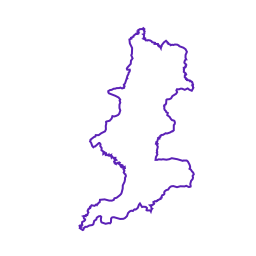 the district of Sucre, Santander, Colombia, rotated 246°
{"feature_id": "7082276B9079895199156", "entity_name": "Sucre", "entity_type": "district", "adm_level": 2, "iso_a3": "COL", "parent_name": "Colombia", "parent_adm1": "Santander", "projection": "robinson", "projection_center": [-73.957, 6.009], "detail": "fine", "context": "isolated", "style": "outline", "palette": "violet", "viewbox_px": 256, "rotation_deg": 246, "n_neighbors": 0, "source": "geoboundaries", "source_scale": "gbopen_adm2", "svg_char_len": 5836}
<svg xmlns="http://www.w3.org/2000/svg" viewBox="0 0 256 256"><g transform="rotate(246 128 128)"><path d="M169.7,124.9L168.4,124.5L167.4,124.7L162.7,129.4L159.7,131.8L157.4,132.4L157.0,132.4L156.5,131.5L154.4,131.3L152.8,129.7L149.7,128.3L147.2,128.1L144.6,125.8L143.9,124.1L143.9,121.7L144.2,119.9L145.2,118.6L143.3,116.9L142.1,114.2L142.7,110.9L142.5,110.4L140.8,109.9L138.9,108.5L135.8,107.3L134.3,105.7L134.1,101.4L133.4,98.3L134.6,95.6L133.5,94.7L133.6,93.2L132.6,89.1L132.3,89.1L131.3,87.9L129.4,88.3L126.0,88.0L124.5,88.5L124.8,89.5L124.5,90.4L126.1,95.3L125.9,95.9L124.3,96.3L122.8,95.3L120.5,95.8L118.4,94.7L116.0,96.3L115.9,95.7L114.3,94.9L114.5,96.2L114.0,97.7L113.7,97.7L113.4,97.0L112.4,96.7L112.3,97.7L111.7,97.8L111.1,98.9L111.5,99.7L110.3,99.6L110.3,101.4L109.6,100.8L109.1,101.2L107.8,101.0L108.3,101.9L107.4,102.0L106.3,103.3L105.9,104.3L105.4,103.9L105.8,103.4L105.7,102.8L104.8,103.1L104.4,104.0L103.6,104.3L103.7,103.4L103.1,101.7L101.8,101.5L101.4,102.2L100.7,101.8L100.1,102.3L100.5,102.5L100.1,103.9L100.4,104.5L100.1,106.1L99.7,106.3L99.4,105.2L99.0,105.0L97.8,105.8L96.4,105.8L96.9,106.9L96.5,107.4L95.4,106.0L94.7,106.2L94.1,107.0L95.2,107.1L95.2,107.6L94.5,107.4L94.3,108.2L93.2,108.2L93.5,109.1L92.5,108.8L92.6,107.9L92.2,107.1L90.3,107.3L89.2,106.0L87.4,106.3L86.8,106.8L85.0,106.6L83.5,104.8L82.6,104.6L80.3,103.0L77.7,99.9L74.8,98.5L71.4,95.8L70.6,94.9L69.9,93.2L68.9,89.2L69.3,87.0L68.1,85.7L68.2,83.7L69.4,81.2L72.3,77.6L73.8,73.2L71.7,71.9L71.6,70.7L70.3,68.4L70.8,68.3L71.1,67.9L70.5,65.8L72.2,63.3L71.9,63.0L71.5,61.3L71.1,60.9L70.6,61.3L70.2,60.9L70.0,58.8L69.5,58.5L69.3,57.9L68.6,57.3L67.0,57.5L66.3,56.5L65.0,55.4L65.6,54.3L64.6,53.6L65.5,52.4L65.6,51.4L65.2,51.7L64.1,51.1L63.1,51.0L62.0,51.7L61.4,51.4L60.8,49.9L60.8,48.0L59.6,47.1L58.0,46.8L58.0,45.7L58.5,44.7L58.3,43.9L57.6,43.9L56.6,44.8L56.6,43.6L56.2,43.2L53.2,45.1L53.2,45.8L54.4,46.9L55.1,48.8L54.4,50.3L54.7,52.9L53.9,55.8L54.1,57.1L56.9,59.4L57.3,61.8L58.6,62.8L58.9,63.5L59.2,65.4L58.7,67.0L57.7,67.4L55.3,65.9L53.4,65.4L52.5,65.5L49.6,68.6L49.0,71.6L48.2,72.9L48.9,74.1L52.2,75.8L52.7,76.7L52.7,77.5L52.2,78.9L48.1,83.8L46.9,86.9L47.0,88.7L47.9,91.2L50.3,93.5L51.1,95.6L51.1,97.4L50.2,98.7L50.9,100.2L51.0,100.9L50.4,101.8L50.6,103.0L51.1,104.5L53.5,106.8L54.2,108.2L50.1,108.7L49.8,110.1L48.7,112.1L47.2,112.8L45.4,111.5L44.9,111.9L43.9,114.3L43.0,115.0L42.5,115.0L44.0,116.3L44.4,117.2L44.9,116.7L46.9,117.3L48.4,116.7L47.7,119.1L48.0,120.8L48.2,121.1L49.3,120.8L50.1,121.2L49.9,121.7L50.2,122.6L50.0,123.3L49.5,123.8L49.7,124.4L49.5,125.0L50.1,125.7L49.8,126.3L50.1,127.7L49.9,128.9L50.6,129.2L50.7,130.5L51.7,130.7L52.7,132.0L52.5,133.1L52.8,134.2L53.8,134.8L54.5,134.9L55.2,135.7L55.7,137.7L55.4,139.7L56.6,141.5L57.1,143.1L57.0,144.3L56.5,145.8L54.0,148.7L53.5,152.1L51.6,156.0L51.5,157.7L49.3,159.6L49.0,161.3L49.5,161.7L51.5,162.1L54.1,164.2L55.0,166.2L56.2,167.2L57.9,167.5L59.0,169.3L60.8,169.4L62.3,168.8L64.4,168.5L65.7,167.6L66.5,168.6L67.6,169.1L69.4,169.3L72.9,169.1L74.4,168.4L75.8,165.3L75.7,164.7L79.4,160.4L82.6,155.7L82.7,153.0L83.4,150.2L85.2,147.3L85.6,145.7L86.9,143.3L87.0,141.8L87.7,140.2L90.1,141.7L91.9,144.1L93.8,144.2L94.2,145.0L95.5,145.1L98.7,147.6L101.3,147.5L101.0,148.2L101.5,148.6L102.4,147.2L103.6,148.2L103.4,148.5L102.9,148.2L103.0,148.6L105.8,150.9L105.6,152.0L106.3,151.9L106.0,152.5L106.8,152.7L106.7,153.9L107.3,154.5L107.8,154.5L108.0,155.9L107.5,157.1L107.9,160.3L107.1,161.4L106.8,164.4L107.1,167.1L106.8,167.4L107.3,168.9L112.0,171.0L112.6,172.2L113.7,173.0L115.3,173.3L116.2,172.9L117.3,171.4L119.0,170.8L121.1,170.6L123.8,169.1L125.5,170.5L127.0,169.4L128.2,169.5L129.5,168.9L130.9,169.0L132.9,170.0L133.4,169.8L134.0,170.3L134.2,172.0L134.7,172.3L134.9,172.8L138.1,174.5L138.3,175.3L137.5,177.5L137.5,178.8L137.6,179.5L139.1,181.5L139.7,185.9L140.8,187.5L142.7,187.5L143.5,188.5L142.6,190.3L142.5,192.1L142.0,193.3L139.8,195.4L139.9,198.6L137.9,199.7L136.1,201.4L138.1,204.0L138.4,203.8L139.9,204.4L140.1,204.2L141.0,204.9L141.3,204.4L141.7,205.0L142.9,205.3L144.2,204.9L144.3,205.1L145.4,204.4L145.5,203.7L146.3,203.8L147.5,201.8L147.9,201.9L148.0,201.3L148.9,201.3L149.0,201.1L149.2,201.3L149.1,201.1L149.4,201.0L149.6,201.4L151.3,200.5L152.6,201.1L153.1,202.6L153.6,202.4L153.6,202.9L154.5,202.9L156.6,201.8L159.0,203.2L159.3,203.0L159.7,203.4L160.3,203.5L160.0,204.5L160.2,205.2L160.6,205.2L160.7,205.9L161.6,206.1L161.9,206.9L162.8,206.8L164.0,206.1L165.1,206.2L166.4,207.3L167.3,208.7L167.1,209.1L168.8,209.1L171.3,210.3L173.6,212.8L176.6,212.6L178.8,211.3L181.9,208.1L182.7,208.0L184.1,206.9L185.2,204.8L185.4,203.1L186.0,202.4L186.3,200.7L186.8,200.8L188.5,199.0L189.3,199.3L189.8,198.7L190.4,198.9L192.2,198.2L191.6,195.6L189.8,192.3L188.8,191.8L188.5,191.1L187.6,190.5L189.5,190.4L189.6,189.8L190.6,189.9L190.6,189.2L191.1,189.0L192.6,189.5L194.0,186.5L194.9,187.2L196.6,184.9L197.7,184.8L199.0,183.8L200.1,182.1L200.1,181.2L200.5,180.9L200.8,179.9L201.8,179.7L203.2,178.5L203.3,179.9L204.3,179.2L205.7,180.2L206.7,180.4L207.3,180.1L207.2,180.8L207.6,181.4L209.4,182.1L209.6,182.5L210.6,182.1L211.7,183.2L213.0,182.6L212.5,181.4L213.5,179.1L213.3,178.4L213.4,177.4L212.5,177.1L212.5,176.3L211.8,176.7L210.5,176.4L210.0,175.9L210.3,174.9L210.6,175.8L210.9,175.3L210.9,174.3L210.3,174.3L210.7,173.3L210.0,170.6L209.2,170.2L209.2,166.6L209.1,167.3L208.3,167.4L208.3,165.3L204.5,164.1L199.4,164.3L194.1,161.7L193.2,160.6L189.7,160.5L188.3,158.1L185.5,156.6L183.4,151.9L182.6,151.0L181.6,151.0L180.6,153.3L179.6,153.0L178.8,152.2L178.2,151.0L177.1,150.4L175.9,148.7L174.3,147.4L173.5,147.5L173.4,146.6L170.0,143.5L169.1,141.7L167.6,141.9L167.2,141.6L167.1,140.9L166.3,140.7L166.4,140.0L166.6,139.9L166.4,139.2L166.8,138.4L168.0,137.5L168.1,136.2L169.1,133.7L169.1,132.5L169.7,130.8L169.5,128.6L170.0,127.0L169.7,124.9Z" fill="none" stroke="#5b21b6" stroke-width="2"/></g></svg>